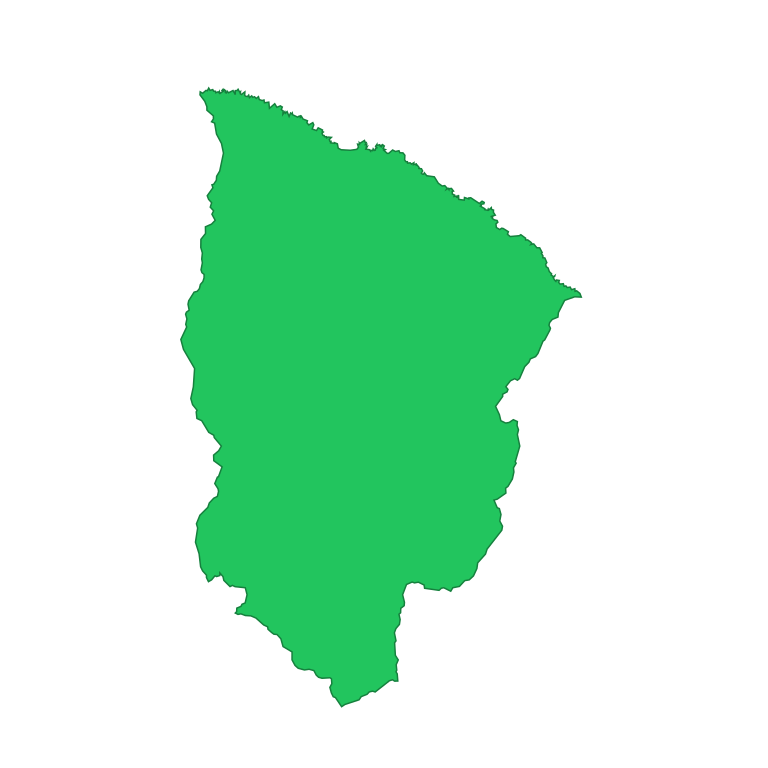 the district of Sao Joao Baptista, Ribeira Grande de Santiago, Cabo Verde, rotated 173°
{"feature_id": "66160863B53173453259277", "entity_name": "Sao Joao Baptista", "entity_type": "district", "adm_level": 2, "iso_a3": "CPV", "parent_name": "Cabo Verde", "parent_adm1": "Ribeira Grande de Santiago", "projection": "mercator", "projection_center": [-23.659, 14.991], "detail": "fine", "context": "isolated", "style": "filled", "palette": "green", "viewbox_px": 768, "rotation_deg": 173, "n_neighbors": 0, "source": "geoboundaries", "source_scale": "gbopen_adm2", "svg_char_len": 6148}
<svg xmlns="http://www.w3.org/2000/svg" viewBox="0 0 768 768"><g transform="rotate(173 384 384)"><path d="M177.6,446.2L178.5,450.0L181.4,453.0L183.0,452.7L183.0,455.3L186.4,454.8L187.4,457.5L190.4,457.4L191.5,459.2L193.3,458.9L193.8,461.7L197.0,461.7L198.3,463.6L197.4,465.4L200.2,466.2L200.9,464.9L202.1,466.4L203.1,469.2L201.6,469.9L201.3,470.6L202.5,469.8L204.8,471.7L204.2,472.9L206.2,475.4L207.0,479.2L208.7,480.6L208.9,483.3L207.6,484.6L209.0,489.5L211.0,490.0L210.6,491.8L211.9,494.5L211.0,495.2L212.9,500.2L215.7,500.6L218.3,504.8L221.2,504.5L220.1,505.5L221.1,507.0L223.8,509.5L225.9,509.7L225.7,511.5L230.0,515.5L231.7,514.7L240.8,515.0L243.2,517.6L242.0,520.0L246.7,523.8L248.2,524.3L250.3,523.2L253.4,525.6L253.4,529.2L251.3,530.7L251.8,532.5L254.5,533.5L256.4,535.2L255.8,536.6L257.8,537.1L253.0,538.0L254.5,541.1L254.1,543.3L256.0,544.1L256.0,546.0L258.7,544.0L259.2,545.0L259.8,543.7L262.8,544.8L262.5,545.6L266.7,548.8L265.7,549.4L265.9,550.5L262.9,550.7L262.4,552.0L264.4,553.5L267.4,551.6L275.2,558.3L277.2,558.3L277.3,557.4L281.4,559.3L282.0,556.7L287.3,558.1L287.0,562.5L288.2,560.1L289.1,560.5L288.8,561.6L291.6,561.6L290.9,562.9L293.0,564.2L292.9,566.8L291.5,567.0L293.2,569.9L295.4,570.0L295.8,568.9L296.5,570.4L298.3,569.6L297.5,570.7L299.5,573.5L302.1,573.4L305.6,576.6L308.8,583.5L316.2,585.5L318.2,588.7L319.1,587.4L320.4,587.7L321.2,588.8L319.7,590.7L320.6,593.1L323.1,593.7L322.8,594.7L324.5,597.4L325.3,597.2L325.2,598.5L328.0,598.1L327.4,600.0L330.0,598.9L331.0,600.3L333.7,600.4L333.7,601.8L335.2,602.0L336.2,603.9L335.4,608.5L337.0,611.1L340.1,611.6L340.7,613.7L344.4,613.4L346.9,615.2L351.1,612.4L352.7,612.5L355.7,616.0L354.1,616.5L356.2,617.7L354.7,620.2L356.2,621.7L357.4,620.2L357.5,621.1L358.7,620.3L359.1,622.0L362.0,621.7L361.9,622.6L363.4,620.9L362.3,619.3L363.7,618.9L364.2,617.1L365.2,617.0L366.1,618.7L366.9,617.0L368.6,617.6L368.9,616.7L370.0,618.4L373.4,619.3L371.8,621.6L372.7,621.3L371.9,624.1L373.3,624.0L372.2,625.9L373.4,626.4L373.7,628.1L378.7,625.8L379.1,626.4L379.2,624.7L381.0,625.3L380.5,622.1L382.4,620.2L389.0,620.1L397.9,621.7L400.7,623.6L401.0,628.1L403.8,629.6L403.9,628.9L407.6,629.9L407.0,631.3L408.1,631.4L408.5,633.4L406.2,635.2L409.4,635.9L411.0,635.3L411.0,636.5L413.0,636.7L413.1,637.9L414.4,638.3L415.0,640.6L413.5,641.5L414.5,642.3L414.1,643.6L418.1,646.3L420.1,643.8L424.2,645.8L422.1,649.8L422.8,652.1L427.1,650.3L428.7,652.8L427.9,654.6L432.0,656.8L433.2,659.4L434.2,658.9L433.6,660.9L434.8,659.4L435.5,660.3L437.2,659.4L441.9,662.4L442.0,664.0L442.5,663.3L443.7,664.4L445.6,661.1L447.0,666.2L448.8,664.8L449.2,666.4L451.5,664.0L450.8,667.3L452.5,668.8L451.2,671.3L453.0,672.7L456.6,671.7L458.3,675.5L464.1,671.6L464.0,677.8L468.4,677.7L468.5,680.5L470.4,680.2L473.1,681.5L473.6,684.5L476.0,683.0L477.5,684.9L479.4,684.5L480.2,686.1L482.7,684.6L483.1,687.2L484.4,686.0L486.2,686.4L487.1,687.4L486.5,690.9L490.3,688.7L491.2,689.5L490.8,691.6L491.6,691.0L492.9,694.3L494.0,693.2L495.9,693.3L496.3,689.3L498.1,693.7L502.8,692.0L504.0,693.8L505.0,692.1L506.0,692.6L505.7,694.6L506.6,695.6L507.7,694.6L507.9,696.1L509.1,695.0L508.1,694.1L511.2,692.4L511.7,694.2L512.1,693.0L513.1,694.2L515.5,693.6L515.6,695.1L517.4,695.4L518.1,697.1L520.8,696.6L521.9,699.1L523.6,696.6L524.9,697.1L528.6,694.7L530.8,696.4L531.4,693.4L527.4,686.4L526.0,680.8L526.4,677.3L520.7,671.0L521.0,667.9L523.2,665.3L520.3,663.6L519.8,652.5L516.0,642.6L515.2,632.7L521.1,615.4L524.8,610.6L525.6,606.6L528.7,603.0L530.5,602.7L529.9,599.6L536.5,592.4L535.6,588.7L533.0,584.9L534.9,580.7L532.0,576.6L534.1,573.5L531.6,567.0L535.7,563.7L542.1,561.8L542.8,555.1L548.1,549.9L549.2,541.8L548.3,536.2L549.7,530.2L549.5,526.4L551.7,519.6L551.1,516.7L549.2,514.7L549.7,511.2L551.3,507.7L554.1,505.2L555.6,501.2L558.0,498.8L561.3,498.3L567.7,490.4L568.8,487.1L568.4,481.0L571.3,479.4L572.4,477.5L571.7,472.6L573.5,467.4L572.9,464.6L580.2,453.0L578.8,442.8L570.1,422.5L573.6,404.3L577.5,393.1L576.5,386.8L572.7,380.7L573.8,379.2L573.9,372.6L569.4,369.8L563.8,357.3L559.2,353.9L559.0,351.5L553.0,342.2L556.2,337.9L561.8,334.2L562.3,328.6L554.8,321.5L559.6,312.1L560.7,311.9L564.1,305.8L561.5,300.3L561.3,297.6L563.1,292.7L566.9,291.4L571.9,287.2L573.9,283.0L582.7,276.2L587.2,268.1L586.5,263.8L590.4,250.0L588.2,238.0L588.3,224.9L586.8,220.6L583.5,215.9L583.8,213.5L582.3,209.2L579.0,210.6L575.2,214.2L573.6,213.3L570.3,213.9L570.0,216.5L567.3,212.5L566.9,208.6L561.5,201.7L559.0,202.6L556.5,201.0L546.5,198.7L545.6,191.5L548.5,183.6L551.8,182.7L553.1,180.7L557.4,179.5L558.0,176.0L559.5,174.8L557.0,173.1L554.0,173.3L549.8,171.1L544.4,170.1L539.6,167.3L532.8,159.5L529.1,157.2L529.0,154.6L525.8,151.0L523.8,149.1L520.7,148.4L517.4,143.7L516.2,135.7L507.9,129.3L508.9,121.4L506.6,115.5L503.8,112.3L497.8,109.9L493.1,110.0L488.5,108.1L486.7,103.3L484.7,100.9L481.4,99.5L473.4,99.0L472.1,97.9L472.3,92.9L474.7,89.5L473.9,83.9L472.5,79.8L470.4,78.7L465.4,68.9L461.8,70.7L447.2,73.6L444.7,76.5L438.6,78.1L436.1,80.2L432.7,80.5L430.3,79.4L414.8,88.8L411.6,89.4L409.7,87.8L406.5,87.5L406.2,94.7L407.2,96.9L406.2,98.4L406.1,103.9L403.5,108.4L405.8,113.3L405.0,125.9L403.4,127.6L404.0,135.8L402.0,139.8L398.0,143.5L396.7,148.3L397.2,153.7L395.4,154.9L394.7,159.3L391.0,161.5L390.3,164.8L391.2,172.6L386.1,182.3L380.2,184.0L378.0,182.9L374.0,183.1L368.7,179.6L368.6,176.3L354.5,172.5L352.0,174.3L349.5,174.5L343.0,170.2L340.5,173.4L333.8,173.9L327.8,179.0L323.3,179.2L318.6,182.6L314.3,189.5L312.8,195.1L304.0,202.8L301.8,207.6L284.9,224.5L283.7,228.4L285.8,233.9L283.8,240.2L284.7,246.3L286.7,247.4L289.0,255.4L285.6,255.9L276.3,260.9L276.0,265.8L273.5,267.2L268.2,274.0L265.8,280.8L265.7,285.0L262.5,289.3L263.2,290.8L256.8,305.8L257.8,317.6L256.1,322.1L257.0,326.7L256.2,330.5L260.0,332.8L264.4,330.6L268.0,330.4L272.5,333.3L273.2,339.5L276.0,348.2L267.7,357.2L267.5,359.4L262.8,361.2L261.6,363.5L263.4,366.5L258.1,371.8L253.6,373.3L251.1,371.5L248.8,372.9L242.2,384.1L237.5,387.9L235.7,391.1L230.2,392.7L227.5,395.5L221.0,407.1L219.1,408.2L212.9,417.1L212.0,419.0L213.1,422.2L212.1,424.8L209.1,427.6L203.2,429.2L202.2,433.6L194.5,445.0L184.1,447.3L177.6,446.2Z" fill="#22c55e" stroke="#15803d" stroke-width="1.5"/></g></svg>